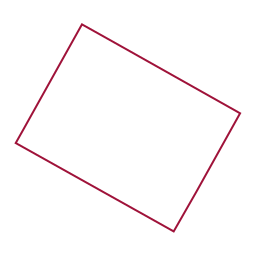 the district of Henry, Iowa, United States of America, rotated 119°
{"feature_id": "52423323B58057992279979", "entity_name": "Henry", "entity_type": "district", "adm_level": 2, "iso_a3": "USA", "parent_name": "United States of America", "parent_adm1": "Iowa", "projection": "mercator", "projection_center": [-91.542, 40.988], "detail": "fine", "context": "isolated", "style": "outline", "palette": "rose", "viewbox_px": 256, "rotation_deg": 119, "n_neighbors": 0, "source": "geoboundaries", "source_scale": "gbopen_adm2", "svg_char_len": 266}
<svg xmlns="http://www.w3.org/2000/svg" viewBox="0 0 256 256"><g transform="rotate(119 128 128)"><path d="M59.9,173.1L59.7,218.5L181.0,218.8L195.6,218.9L196.1,83.2L196.3,37.9L151.1,37.3L60.8,37.1L59.9,173.1Z" fill="none" stroke="#9f1239" stroke-width="2"/></g></svg>